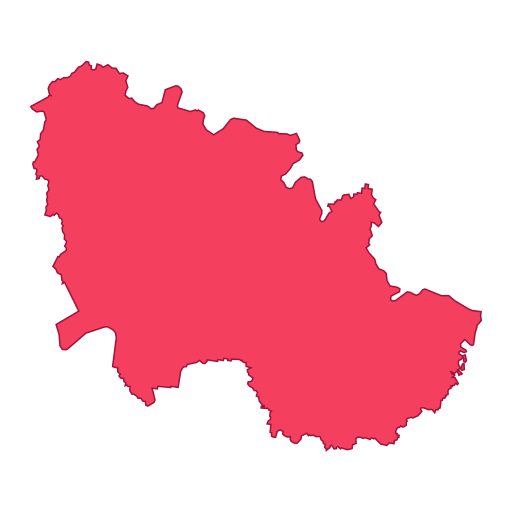 Rockhampton, Queensland, Australia
{"feature_id": "25037944B96392818490355", "entity_name": "Rockhampton", "entity_type": "district", "adm_level": 2, "iso_a3": "AUS", "parent_name": "Australia", "parent_adm1": "Queensland", "projection": "natural_earth1", "projection_center": [150.365, -23.417], "detail": "fine", "context": "isolated", "style": "filled", "palette": "rose", "viewbox_px": 512, "rotation_deg": 0, "n_neighbors": 0, "source": "geoboundaries", "source_scale": "gbopen_adm2", "svg_char_len": 5984}
<svg xmlns="http://www.w3.org/2000/svg" viewBox="0 0 512 512"><path d="M374.9,438.1L380.6,444.0L386.8,445.4L389.2,442.9L394.0,443.7L394.5,440.6L397.0,439.8L397.6,437.3L398.8,437.5L399.1,435.2L397.0,434.9L397.2,433.5L395.6,433.2L396.0,430.1L397.6,427.7L399.9,427.1L400.6,425.9L402.9,427.1L406.2,425.4L406.3,422.1L407.2,421.2L406.4,419.6L407.3,418.4L411.5,417.3L412.6,418.0L417.9,415.8L421.8,411.5L420.5,408.8L420.9,407.9L423.7,407.8L428.5,409.7L431.9,409.4L434.7,412.7L435.9,409.7L438.1,409.8L438.4,408.5L440.0,408.1L441.1,400.3L442.4,400.3L442.8,398.3L444.8,398.1L446.0,396.3L445.5,395.6L448.1,394.4L448.0,390.8L448.7,389.3L451.1,388.0L451.0,385.9L452.3,386.5L452.5,385.5L454.2,385.3L455.8,383.3L457.4,384.7L458.3,383.5L454.9,377.6L452.4,377.3L454.7,375.3L454.6,374.1L452.0,374.0L451.0,371.8L454.2,373.3L457.3,371.1L458.9,375.3L462.2,373.8L457.8,369.6L460.6,368.6L461.9,370.3L464.3,369.6L464.0,363.7L462.4,364.0L461.2,367.8L459.4,366.7L458.4,363.9L458.6,360.4L461.2,359.5L462.7,357.5L463.7,358.2L463.8,361.8L465.4,362.1L466.5,360.6L465.2,354.9L462.3,356.0L458.9,353.7L459.2,351.8L460.2,351.0L464.2,352.6L466.4,351.6L465.9,350.1L460.9,347.2L460.6,343.7L464.8,339.5L470.1,344.6L472.0,345.5L473.5,344.6L475.2,332.6L477.0,327.0L476.6,325.9L481.3,320.5L480.6,316.1L481.1,311.6L472.5,310.6L468.7,309.1L454.7,300.7L448.7,295.6L441.4,295.7L424.9,289.0L422.8,289.7L419.5,293.8L416.3,295.4L410.0,292.3L407.2,291.9L395.4,300.7L392.1,300.9L390.6,299.8L391.0,296.1L399.5,291.7L399.9,288.9L397.6,287.4L390.0,285.9L387.0,280.6L386.2,273.4L384.0,271.0L378.7,268.7L375.8,263.7L374.7,259.1L368.8,252.7L366.1,247.8L369.7,244.9L368.7,243.4L369.3,238.8L372.3,235.7L370.1,228.9L371.4,226.0L371.1,222.3L374.2,222.9L378.5,226.5L381.8,222.5L379.0,215.0L380.6,212.3L379.3,212.0L373.6,203.9L375.8,199.7L373.5,198.2L371.5,194.9L372.2,189.2L368.0,188.5L368.5,184.5L365.3,184.0L364.8,188.5L362.1,188.1L361.5,193.3L357.4,192.7L357.1,194.4L353.9,194.0L353.5,197.1L350.8,198.5L348.8,194.3L343.9,195.0L342.8,195.6L341.3,200.0L337.2,199.9L336.4,201.5L335.3,201.5L334.2,204.2L328.4,204.0L327.8,206.1L329.2,206.1L332.0,211.4L329.0,213.1L324.4,220.8L321.7,221.7L320.1,220.4L319.7,218.7L321.8,213.5L321.8,210.5L315.5,198.8L312.3,181.4L310.5,179.3L308.4,179.1L304.8,176.9L301.2,177.3L295.4,182.3L292.7,187.7L289.7,188.7L286.3,187.4L283.9,182.7L280.7,179.6L281.5,176.0L285.6,174.0L290.2,168.7L293.1,163.6L299.4,160.0L302.9,155.4L302.1,153.1L297.4,151.5L296.3,149.5L296.0,144.5L298.9,142.9L299.7,140.4L296.5,133.5L290.2,135.4L286.9,133.9L278.8,133.7L277.6,132.4L264.1,131.4L256.3,128.2L246.4,120.1L233.5,118.2L230.5,119.6L223.2,128.8L213.6,134.8L206.3,129.8L203.0,124.4L203.2,120.4L204.7,115.9L203.3,112.8L198.4,110.0L197.0,111.0L195.7,109.9L190.3,111.5L178.0,107.9L177.4,106.0L178.1,103.2L182.1,91.9L180.9,88.7L177.9,86.0L175.5,85.9L165.3,89.7L162.0,102.6L157.0,104.6L153.4,108.6L150.9,108.6L147.6,106.0L138.4,104.2L134.6,101.6L131.8,98.1L128.9,98.5L125.1,95.2L125.9,91.0L127.8,87.4L125.8,80.7L128.0,76.0L123.5,73.0L119.4,73.5L116.1,68.3L112.2,68.1L108.0,64.7L103.0,67.3L101.1,65.4L97.1,64.0L95.7,69.2L93.6,70.0L91.1,68.9L91.4,65.8L89.2,65.1L88.6,62.1L86.1,61.6L81.5,66.1L78.6,67.0L74.3,72.4L71.9,73.3L70.2,76.4L66.7,77.8L63.8,77.6L60.7,79.6L57.7,78.7L54.9,81.7L52.6,81.5L49.8,84.6L48.2,88.4L49.2,93.2L50.9,95.6L48.9,95.5L48.2,97.0L30.7,106.5L32.2,108.8L36.5,111.9L42.4,111.1L44.2,112.1L45.9,118.0L46.2,119.9L44.8,121.9L43.4,130.1L40.6,133.8L40.1,139.5L37.4,141.6L39.4,146.3L37.0,149.4L38.4,154.9L34.7,162.1L33.4,161.9L32.8,164.2L34.1,168.6L36.0,168.6L37.0,170.0L35.9,174.1L37.2,175.9L36.4,179.2L39.3,178.5L39.6,176.1L42.1,175.9L44.9,179.1L47.7,179.7L48.9,181.8L47.8,185.5L49.0,189.9L46.7,193.1L47.4,196.8L46.6,199.9L47.7,204.7L46.0,206.9L46.3,210.8L44.8,214.9L50.3,216.5L53.0,214.5L54.1,215.3L56.4,213.1L58.4,214.5L59.3,217.8L61.2,218.5L62.0,220.2L62.3,221.9L61.5,223.6L63.2,225.9L62.0,228.1L62.7,231.7L64.6,234.8L64.3,239.2L66.4,241.0L66.2,243.3L64.6,246.1L66.0,247.6L66.5,249.5L65.9,250.7L60.9,254.1L59.1,256.9L57.9,256.6L52.9,266.5L55.8,269.0L57.5,273.0L61.3,274.7L61.9,280.2L62.8,281.4L62.3,283.7L64.6,282.4L78.8,311.1L56.1,324.5L59.1,334.4L60.0,345.8L62.4,349.5L66.2,349.7L67.7,348.9L85.9,333.1L104.4,327.0L107.7,326.8L113.4,330.1L115.5,332.9L116.3,337.7L112.6,366.6L117.8,368.1L117.7,371.8L120.3,374.2L119.0,376.0L120.8,378.1L123.7,378.6L124.0,381.7L125.8,382.6L125.1,385.8L126.8,385.1L128.0,386.4L129.9,386.3L129.9,391.0L132.1,394.2L133.7,394.1L136.7,396.1L138.0,398.3L140.9,398.2L142.7,401.0L145.4,401.6L145.7,405.1L147.9,406.1L154.0,402.4L155.0,399.9L152.1,388.2L157.4,388.9L157.7,386.3L170.8,387.5L170.9,386.3L178.1,387.4L180.7,371.1L183.4,366.8L186.1,366.8L187.4,364.4L196.5,362.5L199.5,360.4L202.6,363.1L204.9,363.6L207.0,361.4L207.2,359.9L217.6,361.4L217.9,359.6L223.4,360.5L223.7,358.4L227.8,359.0L227.7,360.4L231.1,360.9L231.3,359.2L239.2,359.4L241.5,360.9L242.0,360.3L243.4,362.4L246.1,362.7L246.1,366.4L250.9,367.8L247.4,369.6L247.4,371.6L248.6,373.2L248.7,374.9L253.1,378.1L251.6,381.2L248.1,381.9L247.8,384.0L249.3,386.0L252.5,387.8L254.1,390.5L256.4,390.8L257.5,392.6L256.3,396.0L258.7,397.2L259.2,401.0L262.4,405.1L264.3,405.8L264.2,406.6L261.3,406.3L261.1,408.0L268.2,408.5L269.1,410.3L271.5,411.2L270.1,412.7L269.7,416.2L270.5,416.9L270.5,419.5L268.2,421.0L267.1,423.9L270.9,424.4L270.1,432.3L271.5,432.8L271.5,436.0L272.4,436.9L275.6,437.3L277.3,431.2L280.3,429.8L283.1,431.5L282.7,434.0L284.5,435.7L287.8,437.1L290.4,436.7L290.2,439.6L291.4,441.5L294.3,443.1L297.2,443.2L301.0,439.0L301.4,435.9L306.7,433.3L308.4,435.7L309.5,434.8L310.5,435.6L313.1,435.1L316.4,436.7L319.2,436.5L320.2,436.9L321.1,439.8L323.2,441.4L323.3,443.5L325.1,444.3L324.7,447.4L326.2,448.8L326.3,450.4L329.9,447.6L330.5,445.6L331.8,445.3L334.0,448.9L336.5,448.6L336.3,447.4L337.8,446.5L340.5,448.8L341.3,447.8L347.3,449.7L352.1,448.6L352.6,444.8L356.1,443.5L355.9,438.8L357.2,437.4L360.1,437.1L363.4,438.4L364.7,437.6L370.1,439.4L371.3,437.9L373.9,438.9L374.9,438.1Z" fill="#f43f5e" stroke="#9f1239" stroke-width="1.5"/></svg>